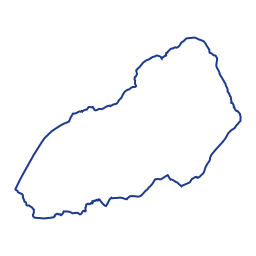 outline of Sora, Boyacá, Colombia
{"feature_id": "7082276B62780892273101", "entity_name": "Sora", "entity_type": "district", "adm_level": 2, "iso_a3": "COL", "parent_name": "Colombia", "parent_adm1": "Boyacá", "projection": "natural_earth1", "projection_center": [-73.444, 5.584], "detail": "fine", "context": "isolated", "style": "outline", "palette": "blue", "viewbox_px": 256, "rotation_deg": 0, "n_neighbors": 0, "source": "geoboundaries", "source_scale": "gbopen_adm2", "svg_char_len": 5715}
<svg xmlns="http://www.w3.org/2000/svg" viewBox="0 0 256 256"><path d="M181.4,186.4L182.4,185.6L184.2,184.8L188.2,183.1L188.9,182.8L189.8,182.2L190.5,181.4L190.8,180.6L191.8,179.2L195.4,177.0L196.2,176.9L196.7,176.9L197.1,177.7L197.3,177.9L198.1,177.7L199.6,176.8L203.4,173.1L203.8,172.4L204.6,170.3L205.0,168.6L205.9,166.5L208.0,162.9L209.4,161.0L210.0,159.3L210.1,157.8L211.0,155.6L212.0,154.0L215.9,149.4L222.9,141.7L225.5,138.3L228.2,133.3L231.1,130.4L234.3,128.3L235.1,127.6L235.5,126.7L235.8,126.1L236.3,125.5L237.8,124.0L239.2,122.2L240.3,121.1L240.5,120.7L240.5,119.6L240.4,119.0L240.6,117.6L240.6,117.1L240.6,116.6L240.1,115.6L240.1,114.4L240.0,114.1L239.4,113.2L239.0,112.7L238.6,112.3L238.1,111.9L238.0,111.4L237.5,111.1L236.2,110.8L235.9,110.5L234.9,109.2L234.7,108.7L234.6,108.1L234.3,107.8L234.3,107.2L233.8,107.2L233.8,106.3L233.5,105.1L233.3,104.5L232.4,103.0L232.2,102.8L231.9,102.7L231.3,102.9L231.1,102.8L231.2,102.6L231.5,102.1L230.8,97.4L230.7,96.9L230.4,96.4L230.0,96.1L229.1,93.7L228.6,92.7L227.7,91.8L227.6,91.6L227.7,90.4L227.4,88.7L227.2,88.1L225.9,85.7L225.6,84.2L225.1,83.2L224.8,82.9L223.7,80.8L222.1,78.1L221.7,77.3L221.0,76.4L219.9,74.6L219.4,72.7L219.0,71.5L217.0,67.8L216.5,66.6L216.3,65.5L216.6,62.7L217.1,59.5L217.0,58.3L216.9,57.9L216.3,57.0L215.8,55.9L215.6,55.7L215.2,55.5L214.1,55.4L213.7,55.3L212.9,54.6L211.8,53.6L211.3,53.3L209.9,52.9L209.6,52.6L209.5,52.3L209.3,51.6L209.4,49.9L209.3,49.6L208.4,48.4L207.9,47.5L206.9,46.2L205.7,43.8L203.9,41.5L203.0,41.0L200.5,39.9L198.9,39.5L198.0,39.1L196.9,38.4L195.5,37.8L194.6,37.6L193.6,37.6L192.3,37.8L189.6,38.0L186.6,38.4L185.9,38.9L183.4,41.3L181.8,42.2L181.3,42.7L180.9,43.3L179.8,45.2L179.2,45.9L178.5,46.7L177.5,47.3L176.6,47.7L176.2,47.7L175.3,47.3L174.8,47.3L173.4,48.3L173.0,48.4L172.5,48.3L170.7,48.9L168.1,51.4L167.8,51.8L167.5,52.5L167.3,52.8L166.5,52.7L166.3,52.8L166.0,54.0L165.9,54.5L166.2,55.2L166.2,55.5L165.5,55.8L164.6,55.9L163.4,57.2L162.4,57.3L162.2,57.4L161.8,58.8L161.6,58.6L160.8,57.0L160.2,56.6L157.9,55.7L156.9,55.5L156.3,55.6L155.0,56.4L152.6,57.0L152.0,57.3L151.4,58.0L150.7,58.1L150.2,58.6L149.2,59.3L147.4,59.9L146.2,60.4L143.2,62.6L142.4,63.4L142.2,63.8L139.4,67.3L138.3,68.0L136.6,69.9L136.6,70.2L136.5,70.4L136.3,70.4L136.2,71.0L136.7,72.7L137.0,73.6L136.9,74.2L136.6,75.1L136.0,76.1L135.8,76.5L135.3,76.9L134.8,77.1L134.5,79.5L134.9,80.1L135.1,80.6L135.0,83.7L135.7,85.1L135.9,85.8L136.1,86.1L135.4,86.8L135.0,86.9L134.2,87.0L133.1,86.9L132.5,87.0L131.1,87.8L128.9,89.5L127.4,89.8L126.6,90.4L125.7,90.9L124.6,91.9L123.8,93.0L121.9,96.5L121.6,97.4L121.5,97.7L120.7,98.5L119.1,100.0L117.9,102.1L117.6,102.6L116.5,103.7L116.1,103.9L114.6,104.1L114.1,104.4L113.0,104.6L111.8,105.4L111.0,105.6L110.3,106.2L110.2,106.2L109.6,105.6L107.9,105.9L106.8,106.5L106.1,106.8L101.9,109.2L101.5,109.2L100.2,108.9L99.6,108.9L99.1,108.9L98.3,109.2L97.1,110.0L95.8,110.3L95.3,110.3L94.8,110.0L94.1,109.4L94.0,109.2L93.8,108.5L93.5,108.2L93.2,107.3L92.7,107.0L92.4,107.0L91.8,107.3L91.4,107.4L90.2,107.0L89.1,107.0L88.4,107.2L88.3,107.4L88.1,107.9L87.5,108.5L87.0,109.5L86.7,109.6L85.6,109.7L83.6,110.5L83.3,110.8L82.5,111.1L82.0,111.0L82.0,111.6L81.3,111.4L80.5,111.7L79.8,111.4L79.2,111.5L76.3,113.1L74.9,113.5L72.9,113.6L72.3,114.8L70.7,117.4L69.8,119.9L69.3,120.5L69.0,121.6L63.8,123.7L59.9,125.8L51.7,131.2L44.3,138.4L41.3,142.9L33.8,154.8L23.9,172.5L19.6,180.4L15.6,188.8L15.4,189.5L16.2,190.2L17.0,190.5L17.4,190.8L17.8,191.7L17.9,192.1L18.2,192.4L19.9,193.1L20.9,193.7L21.8,193.9L22.2,194.3L22.8,195.2L23.0,195.8L23.0,196.3L22.8,196.9L22.8,197.3L23.3,198.3L23.6,199.2L24.0,199.7L24.2,200.2L24.3,201.3L24.4,201.6L24.6,201.8L25.6,202.1L25.9,202.5L26.1,203.2L26.3,204.5L26.6,205.1L27.4,205.6L28.0,205.6L28.8,205.4L29.4,205.6L29.9,206.2L32.1,207.5L32.5,208.0L32.8,208.8L33.7,209.3L33.9,209.7L33.8,211.1L33.8,212.9L33.7,213.4L33.0,214.5L32.9,214.8L33.2,216.4L33.6,216.8L34.2,217.4L34.9,217.7L38.0,218.0L40.6,218.1L42.6,218.4L44.3,218.4L51.1,217.7L52.5,217.4L53.4,217.4L53.6,217.3L54.2,216.6L54.8,216.2L54.7,215.3L55.4,214.9L56.3,214.0L57.4,213.7L57.8,213.8L58.0,214.2L58.3,214.4L60.0,214.2L60.1,214.3L60.3,214.4L60.7,215.2L61.0,215.2L61.7,214.6L62.8,213.5L63.3,212.4L63.7,211.5L63.9,211.3L64.6,211.6L66.6,211.4L69.5,211.8L71.6,212.8L72.7,213.3L73.0,213.3L73.9,213.1L75.9,212.9L77.6,212.9L78.1,213.1L79.6,214.3L79.9,214.4L80.1,214.4L80.8,214.1L81.6,213.4L82.5,211.8L83.3,210.8L83.5,210.7L84.7,211.3L85.3,211.4L85.6,211.3L85.7,210.7L85.4,209.1L85.5,208.3L85.4,207.4L85.8,207.0L86.0,206.7L86.1,206.1L86.1,204.8L86.2,204.6L87.5,203.9L88.0,203.7L88.3,203.7L88.9,204.1L89.1,204.2L90.0,204.0L90.2,203.9L91.0,203.0L91.3,203.1L92.0,203.5L92.4,203.4L92.5,203.3L92.7,202.6L92.6,202.0L92.3,201.4L92.4,201.1L92.7,201.1L93.6,201.4L93.8,201.2L94.0,200.8L94.3,200.6L95.1,200.9L95.3,200.8L95.9,200.5L96.3,199.9L96.5,199.8L96.8,199.8L97.1,200.3L97.8,200.6L98.1,200.4L98.4,199.7L98.7,199.4L99.0,199.6L99.3,199.5L99.6,199.6L99.9,199.9L100.0,200.3L100.7,201.3L103.0,204.0L104.7,205.5L106.0,206.0L107.8,203.1L109.6,199.4L110.0,198.9L110.6,198.5L111.2,197.9L111.4,198.3L113.5,198.1L117.4,197.9L120.0,197.6L121.9,197.9L126.6,199.3L126.9,199.2L127.2,198.4L127.6,198.0L128.0,197.9L128.9,197.1L129.2,197.0L130.0,196.2L130.3,196.1L133.5,196.1L138.1,196.6L139.4,196.5L140.9,195.8L143.0,193.7L145.1,191.3L146.3,190.2L147.7,189.2L148.7,187.5L149.8,186.7L152.1,184.2L152.8,183.2L154.9,179.6L155.3,179.2L155.9,179.3L157.6,178.9L159.7,179.3L160.4,179.3L161.2,179.1L162.2,178.6L165.6,176.3L167.7,175.1L168.2,175.7L168.4,176.3L169.1,177.6L169.8,178.6L170.0,178.8L170.5,179.6L171.1,179.3L172.2,179.7L174.2,180.8L175.2,181.6L176.5,182.2L176.8,182.2L177.6,182.8L179.3,184.5L180.6,185.4L181.4,186.4Z" fill="none" stroke="#1e3a8a" stroke-width="2"/></svg>